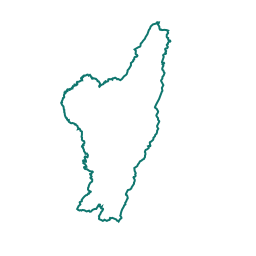 the district of Mwala, Eastern, Kenya, rotated 57°
{"feature_id": "3690345B72054376783235", "entity_name": "Mwala", "entity_type": "district", "adm_level": 2, "iso_a3": "KEN", "parent_name": "Kenya", "parent_adm1": "Eastern", "projection": "mercator", "projection_center": [37.528, -1.401], "detail": "fine", "context": "isolated", "style": "outline", "palette": "teal", "viewbox_px": 256, "rotation_deg": 57, "n_neighbors": 0, "source": "geoboundaries", "source_scale": "gbopen_adm2", "svg_char_len": 5783}
<svg xmlns="http://www.w3.org/2000/svg" viewBox="0 0 256 256"><g transform="rotate(57 128 128)"><path d="M60.1,137.3L60.6,137.1L60.8,137.8L60.5,138.9L61.4,139.5L60.5,139.8L60.6,140.2L60.9,140.4L62.1,140.0L63.0,140.4L62.5,141.0L62.7,141.8L62.5,142.3L62.6,142.8L62.4,144.2L61.6,145.5L62.3,146.4L63.5,146.4L63.9,146.9L63.9,148.3L63.5,148.3L63.4,149.1L62.5,149.0L62.4,149.3L63.3,150.0L63.4,150.9L63.0,151.4L63.7,152.0L63.6,152.7L64.4,153.0L64.0,153.6L64.4,153.9L64.1,154.7L64.2,155.0L63.7,155.5L64.3,156.2L64.2,156.5L62.8,157.2L62.7,157.6L63.2,158.0L63.0,158.6L63.2,158.9L64.0,159.0L63.8,159.4L63.9,160.2L63.6,160.5L64.2,160.8L64.2,161.1L63.5,161.5L63.5,161.8L63.8,162.0L64.7,161.7L65.0,163.2L65.9,164.1L67.3,164.6L67.7,165.5L67.5,166.3L68.6,167.3L69.6,169.0L70.6,169.4L70.4,170.2L70.6,170.4L72.9,170.7L74.8,170.4L77.6,171.7L78.3,171.6L78.9,172.3L79.5,172.4L80.1,172.9L80.8,172.9L82.8,173.9L84.7,174.4L85.8,174.1L86.2,174.4L86.8,174.0L87.8,174.5L88.6,174.2L89.0,173.2L89.3,173.3L89.6,174.0L90.0,174.2L90.7,174.2L91.9,173.5L92.5,173.5L93.2,172.9L93.5,171.9L95.0,170.7L96.1,170.6L96.3,169.9L97.0,170.0L98.7,169.3L100.0,169.7L100.7,169.6L101.1,169.8L101.7,170.6L102.1,169.2L102.3,169.0L103.4,169.0L104.4,169.4L105.9,168.6L108.7,170.4L110.1,171.8L110.9,171.7L112.7,173.0L113.8,173.0L115.2,172.0L116.5,172.5L117.2,173.2L117.2,174.5L117.3,174.7L118.3,174.8L118.0,176.1L118.6,176.8L119.9,176.3L120.7,176.8L121.9,176.7L123.4,177.5L125.4,177.4L126.5,177.7L127.0,176.4L128.9,176.4L130.3,177.6L130.4,178.1L128.6,179.2L128.6,179.8L129.0,180.4L132.7,181.2L133.4,181.6L133.1,182.2L131.0,182.7L130.8,183.0L131.1,183.7L132.3,183.8L133.1,184.6L135.0,183.7L137.6,183.8L138.0,184.0L137.9,184.4L137.0,185.8L136.9,186.1L137.2,186.4L138.8,186.4L139.7,185.6L140.1,184.9L143.1,183.7L144.4,182.5L145.1,181.5L145.5,181.4L145.8,181.6L145.7,182.7L146.6,183.7L146.7,184.0L146.0,184.8L146.3,185.0L148.9,184.9L149.2,185.4L149.1,186.5L149.3,186.7L150.1,186.7L151.2,186.0L151.6,186.0L153.1,187.0L153.4,187.7L153.4,189.4L154.8,192.0L156.1,193.2L156.3,193.9L157.7,195.0L159.0,195.1L161.0,193.9L161.3,194.3L160.6,195.2L161.8,196.2L161.8,196.8L161.3,197.1L161.9,198.9L161.5,199.8L161.7,201.8L162.3,204.0L163.1,206.0L164.1,206.4L164.3,206.7L163.9,208.7L164.0,209.0L166.2,209.6L166.5,211.9L168.2,214.7L168.5,214.5L169.4,214.5L170.8,213.6L170.9,212.9L171.3,212.3L171.9,212.0L171.9,210.9L172.5,210.2L173.2,209.4L175.4,208.2L176.1,205.7L177.3,205.7L177.9,204.8L177.4,202.5L177.5,201.3L177.9,199.7L178.6,198.7L176.6,194.7L176.4,193.9L177.0,193.3L178.4,194.5L179.3,193.8L179.9,194.0L179.8,193.1L180.6,194.1L181.0,194.1L182.1,193.0L182.5,193.1L183.4,194.5L184.0,196.6L184.9,197.7L186.1,200.4L187.0,200.6L188.2,201.7L188.8,201.8L191.1,200.2L192.0,199.9L192.2,199.6L192.3,198.7L192.1,197.7L194.4,196.3L194.5,194.9L194.9,194.0L194.9,193.1L193.8,192.4L193.6,192.0L194.5,191.2L194.8,190.1L198.3,187.7L199.9,187.6L200.6,186.9L201.3,186.8L200.2,184.6L200.0,182.6L199.3,182.2L197.9,182.3L197.2,182.2L196.6,181.2L195.7,180.5L194.3,178.9L193.0,177.1L191.6,174.3L190.8,173.4L190.7,171.8L189.3,171.2L188.7,169.7L187.1,167.4L187.0,166.7L186.3,166.2L184.4,165.6L183.9,165.5L182.9,166.1L182.2,165.7L180.0,162.0L180.7,159.7L180.5,158.2L179.7,157.2L178.0,153.3L177.0,152.7L176.5,151.7L175.3,150.6L172.4,150.3L172.2,149.9L172.6,149.1L172.4,147.9L171.8,147.4L170.7,147.2L170.1,146.1L167.6,145.8L165.0,144.5L165.0,141.0L164.0,139.6L163.4,137.8L162.5,136.2L162.7,134.4L162.4,133.0L162.7,131.6L162.2,130.9L161.7,129.7L160.3,128.7L159.7,127.8L158.4,127.0L157.3,126.9L156.3,125.7L156.0,125.1L156.3,123.4L156.1,121.6L155.5,121.1L154.2,121.1L154.3,120.5L155.3,119.2L155.1,118.9L153.5,118.4L152.0,117.6L151.8,117.1L152.0,116.1L151.6,113.5L150.9,112.5L150.1,112.1L149.6,109.9L148.6,108.9L148.3,107.1L147.2,105.8L146.1,105.0L145.1,103.0L143.0,102.9L142.1,102.5L139.7,98.4L139.3,98.1L137.4,98.3L136.1,97.4L134.7,97.6L133.1,97.5L132.3,96.6L131.4,94.6L130.5,93.7L127.5,93.5L125.8,94.2L125.2,94.1L123.5,91.4L120.6,86.1L116.0,79.9L115.6,78.9L112.9,77.8L111.3,75.0L106.6,74.6L106.1,74.3L105.3,72.3L103.9,71.3L103.4,69.6L101.8,67.4L101.5,67.3L100.5,67.5L99.0,67.0L98.1,67.4L97.1,67.2L95.9,65.9L95.1,64.4L94.5,64.2L93.4,64.4L93.3,64.1L93.6,63.1L93.3,62.4L92.8,62.4L92.5,63.2L92.1,63.6L91.6,63.8L91.2,63.6L88.0,59.5L87.4,59.1L86.4,59.1L85.9,58.6L85.8,57.9L86.0,56.7L86.3,56.3L86.3,55.7L86.1,55.5L85.0,55.6L84.7,55.2L84.7,54.5L84.1,54.0L82.8,54.2L82.0,53.9L81.8,53.2L82.4,51.7L81.9,50.6L81.4,50.3L80.0,50.5L79.3,50.1L79.1,49.5L79.2,48.7L78.3,48.0L78.1,47.6L78.0,46.6L78.5,45.7L78.3,45.2L77.6,45.1L76.4,46.2L75.4,46.0L74.4,45.3L73.4,46.0L72.6,45.9L70.8,44.6L70.4,42.8L70.1,42.5L68.9,42.4L68.4,41.9L68.2,41.3L67.0,42.2L65.5,44.0L64.4,46.2L63.3,46.7L63.2,47.5L62.8,47.6L61.9,47.5L59.9,46.5L57.4,46.5L56.7,44.9L56.3,44.5L55.9,45.3L55.2,45.9L55.7,47.7L54.7,50.6L55.1,53.1L55.3,53.8L56.7,55.6L57.1,57.0L59.9,60.6L61.3,63.7L62.4,65.3L63.1,67.9L63.9,69.8L64.1,71.3L66.0,72.9L66.3,73.7L65.9,75.3L65.7,79.7L67.6,79.4L69.9,81.2L70.6,81.2L71.7,80.6L72.5,80.7L72.9,81.3L72.8,82.4L72.2,83.4L72.2,83.8L72.8,84.8L73.9,85.5L73.8,86.4L74.1,86.9L74.8,87.3L75.1,90.2L77.2,91.5L78.9,95.0L79.4,96.9L79.7,97.2L80.4,97.6L82.2,99.9L82.4,100.9L82.5,103.2L83.6,106.4L83.7,107.9L83.7,108.4L81.6,109.5L81.2,110.6L80.2,110.7L78.8,111.4L78.5,113.0L78.1,113.5L78.1,114.0L78.9,114.8L77.9,115.3L77.7,116.0L76.6,117.3L76.5,118.1L77.7,118.9L77.9,119.6L77.3,121.0L76.5,121.4L76.6,121.7L77.5,122.1L77.5,122.5L77.0,122.7L76.8,123.2L77.8,124.8L77.5,125.5L77.4,127.8L77.9,129.5L77.6,129.6L77.0,129.2L76.4,127.6L74.8,127.2L72.9,127.2L72.2,128.0L71.4,127.7L69.4,128.1L69.3,128.4L68.6,128.7L67.9,129.5L67.5,130.4L67.3,130.6L67.2,131.2L66.9,131.3L66.4,130.5L64.9,131.2L64.0,130.9L62.7,131.0L62.7,132.5L61.3,132.7L60.9,133.8L61.0,135.0L60.0,136.3L60.1,137.3Z" fill="none" stroke="#0f766e" stroke-width="2"/></g></svg>